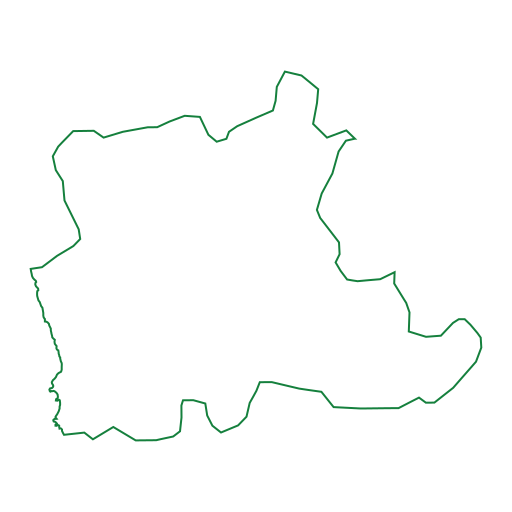 Akhuryan, Shirak, Armenia
{"feature_id": "60910142B23641849516282", "entity_name": "Akhuryan", "entity_type": "district", "adm_level": 2, "iso_a3": "ARM", "parent_name": "Armenia", "parent_adm1": "Shirak", "projection": "mercator", "projection_center": [43.836, 40.81], "detail": "fine", "context": "isolated", "style": "outline", "palette": "green", "viewbox_px": 512, "rotation_deg": 0, "n_neighbors": 0, "source": "geoboundaries", "source_scale": "gbopen_adm2", "svg_char_len": 2970}
<svg xmlns="http://www.w3.org/2000/svg" viewBox="0 0 512 512"><path d="M354.9,138.7L346.3,130.4L327.0,137.6L313.1,123.9L317.0,103.0L318.2,89.2L301.5,75.5L284.9,71.6L276.8,86.9L275.6,100.8L272.9,110.5L256.4,117.6L237.2,126.2L229.0,131.8L226.4,138.8L216.7,141.7L208.4,134.8L199.9,116.9L184.7,115.8L169.6,121.5L157.2,127.2L147.6,127.3L122.8,131.8L103.6,137.6L93.8,130.8L73.2,131.1L61.8,142.8L58.2,146.6L52.8,156.3L55.8,170.1L59.8,176.4L62.8,181.1L63.8,192.6L64.5,200.5L78.7,229.3L80.2,239.0L73.4,246.0L57.0,255.9L42.0,267.2L30.7,268.9L31.1,271.5L31.7,274.0L32.0,275.9L32.9,277.9L34.3,279.5L35.8,280.8L36.2,282.0L35.4,283.0L35.3,284.6L36.0,286.3L37.1,287.5L38.1,288.5L38.3,290.3L37.3,291.1L37.1,292.8L37.1,294.8L37.2,296.0L37.9,298.5L38.3,299.8L38.5,300.5L39.7,302.0L40.1,303.1L40.6,304.6L41.2,306.2L42.4,307.7L42.9,310.5L43.3,313.0L43.3,313.3L43.3,315.5L43.6,317.2L44.7,319.0L44.9,319.1L44.9,321.5L46.4,321.7L47.6,322.4L48.9,323.8L49.3,325.6L50.0,327.0L50.8,328.6L50.8,330.2L51.0,331.3L51.3,332.6L51.4,333.0L51.4,333.4L51.8,334.8L52.1,336.0L52.3,337.4L53.4,338.6L54.8,339.8L54.5,341.8L54.8,343.8L55.7,345.0L56.6,346.1L56.4,348.2L56.9,349.5L58.3,350.4L58.6,352.2L58.7,353.7L59.2,355.1L59.4,356.5L60.2,357.4L60.2,358.5L60.8,361.1L61.0,361.6L61.7,363.1L61.8,364.4L61.7,366.9L61.7,369.7L61.1,371.7L60.6,372.0L58.5,373.1L57.0,374.6L55.9,377.1L54.6,378.7L52.9,380.2L51.8,382.2L52.0,383.5L52.9,384.8L53.3,386.0L52.9,387.1L52.0,388.0L50.1,388.4L49.4,389.5L49.7,390.9L50.3,391.6L51.2,391.0L51.7,391.3L53.7,390.9L54.8,391.4L56.3,392.7L56.5,392.9L57.6,394.5L57.9,396.9L57.7,398.1L57.1,398.5L56.1,399.2L55.9,400.5L57.4,400.7L59.0,399.8L59.8,400.3L60.1,402.8L60.1,404.9L59.6,406.6L59.6,408.5L58.7,411.3L57.1,414.4L56.2,415.6L55.5,416.9L55.8,417.8L56.6,418.8L55.8,418.9L54.7,418.8L53.4,419.9L53.3,420.5L53.7,421.5L55.1,421.8L56.0,422.5L57.0,423.7L56.9,423.9L55.5,424.6L55.5,425.7L56.7,425.8L57.6,425.0L58.6,425.2L59.2,425.7L59.2,427.2L59.5,428.5L60.0,428.2L61.0,428.5L62.0,429.5L62.0,430.9L62.8,432.6L62.9,432.8L64.0,434.8L77.9,433.3L84.3,432.6L92.9,439.3L113.3,427.0L135.7,440.4L156.2,440.2L161.0,439.1L173.2,436.5L180.0,431.3L181.5,417.5L181.4,405.5L183.0,400.3L193.3,400.2L205.3,403.5L207.2,415.5L212.4,425.7L221.0,432.5L238.1,425.4L246.5,416.7L249.7,402.9L253.4,396.3L256.4,390.8L259.8,382.2L271.7,382.1L286.0,385.5L299.2,388.6L308.6,390.0L321.4,391.8L333.6,407.1L349.1,407.9L360.9,408.5L386.6,408.2L398.6,408.1L410.4,402.0L419.0,397.6L425.9,402.7L434.4,402.6L446.2,393.3L453.2,387.8L459.2,380.9L469.2,369.5L476.0,361.7L481.3,347.6L480.7,337.6L477.4,333.0L470.4,324.7L464.7,319.2L458.8,319.2L453.0,322.9L445.8,330.5L440.9,335.7L426.0,336.8L408.8,331.5L409.5,312.4L406.2,302.9L404.0,299.4L394.2,283.5L394.6,272.2L380.2,279.2L367.2,280.3L357.6,281.2L352.3,280.4L347.1,279.5L340.7,271.0L335.6,262.4L339.6,254.2L339.0,242.4L323.0,221.6L320.2,218.0L316.9,209.9L321.7,193.5L332.4,173.5L338.6,151.5L345.9,140.7L354.8,138.7L354.9,138.7Z" fill="none" stroke="#15803d" stroke-width="2"/></svg>